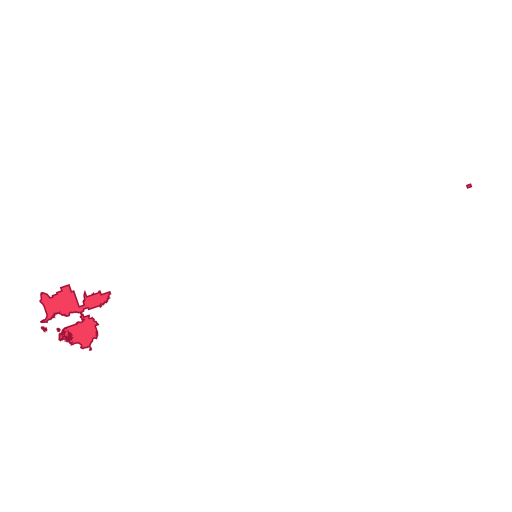 the district of Unincorporated NT, Northern Territory, Australia, rotated 251°
{"feature_id": "25037944B66789818675827", "entity_name": "Unincorporated NT", "entity_type": "district", "adm_level": 2, "iso_a3": "AUS", "parent_name": "Australia", "parent_adm1": "Northern Territory", "projection": "orthographic", "projection_center": [130.965, -18.633], "detail": "fine", "context": "isolated", "style": "filled", "palette": "rose", "viewbox_px": 512, "rotation_deg": 251, "n_neighbors": 0, "source": "geoboundaries", "source_scale": "gbopen_adm2", "svg_char_len": 5601}
<svg xmlns="http://www.w3.org/2000/svg" viewBox="0 0 512 512"><g transform="rotate(251 256 256)"><path d="M260.0,80.4L259.9,91.9L259.3,92.2L258.5,92.2L259.1,93.6L260.0,93.1L261.0,93.4L261.1,94.2L259.8,95.5L260.2,95.9L260.3,96.7L260.8,96.7L260.9,97.1L261.2,97.2L261.3,97.7L261.8,98.1L261.6,98.4L261.0,98.6L260.7,99.4L261.4,100.3L262.2,100.2L262.0,101.0L263.1,101.5L263.4,102.2L263.8,101.9L264.1,103.7L265.2,103.0L265.7,103.0L266.0,104.0L267.0,104.1L267.7,104.6L267.6,106.1L269.7,106.1L269.7,97.0L273.6,97.0L273.6,96.0L272.4,96.0L272.5,89.9L273.3,90.0L272.7,89.3L272.9,88.9L272.5,88.9L272.5,82.5L277.5,82.5L275.5,81.0L273.4,80.3L270.1,79.8L270.1,78.6L269.0,78.6L268.9,77.7L265.5,77.7L265.5,72.2L282.2,72.2L282.2,69.8L289.5,69.8L289.6,61.1L286.2,61.1L286.2,55.7L284.7,55.7L284.7,50.7L283.4,50.7L283.4,47.6L287.8,46.0L290.9,42.1L290.8,41.1L290.4,41.3L290.6,41.7L290.4,41.9L289.9,41.4L289.9,41.0L290.2,40.9L289.9,40.3L289.5,40.4L289.4,40.1L285.2,39.1L284.4,38.5L284.0,37.4L283.2,37.1L279.7,38.9L276.6,39.4L272.1,39.2L269.6,39.4L268.0,39.1L266.5,38.5L264.6,36.3L264.3,35.4L264.6,34.7L264.2,34.2L264.5,33.9L264.3,33.6L264.5,32.8L263.8,32.1L263.9,31.2L263.4,31.3L262.8,32.1L262.9,33.1L262.2,34.3L262.3,35.3L261.4,36.8L262.1,37.0L263.0,38.0L263.2,39.3L263.6,39.9L262.9,41.0L263.2,41.8L264.1,42.7L264.5,42.6L264.7,42.8L264.6,43.1L264.1,43.2L264.3,43.7L263.9,43.8L263.8,44.1L264.4,44.2L264.5,44.7L264.9,44.4L265.2,44.6L264.6,45.1L265.2,45.0L265.1,45.5L265.6,45.5L265.4,46.1L266.1,45.9L265.9,46.4L266.5,46.5L266.5,47.1L267.0,47.0L266.8,47.4L267.0,47.8L266.9,48.2L266.3,48.5L266.7,49.3L266.5,49.6L266.7,49.9L266.3,50.1L266.4,50.5L265.7,51.3L266.1,51.8L265.4,51.6L264.8,52.7L263.1,53.5L262.8,54.4L263.2,54.7L263.2,55.4L262.8,55.9L262.3,55.8L262.4,56.2L261.8,56.2L260.9,57.0L261.1,57.6L260.7,57.7L260.5,59.7L261.2,60.5L262.6,60.9L263.1,62.7L262.5,63.1L262.1,64.3L262.1,66.4L261.5,66.9L261.7,67.8L261.2,68.2L260.6,69.4L260.2,69.6L259.9,71.5L258.6,71.5L258.0,72.1L260.0,73.5L260.1,75.1L261.9,75.6L261.9,80.4L260.0,80.4ZM250.1,64.7L250.1,51.8L249.8,51.2L249.5,51.5L249.5,52.0L249.4,52.1L249.4,51.5L249.7,51.1L249.4,50.5L249.1,50.8L248.7,50.6L249.0,50.6L249.4,50.0L248.4,48.6L247.6,48.7L247.8,49.3L248.1,49.4L248.1,49.6L247.9,49.4L247.6,49.5L247.3,48.0L246.7,48.4L246.9,49.4L246.6,49.8L246.8,50.2L246.5,50.7L246.8,50.8L246.4,50.8L246.3,50.1L246.3,50.7L246.0,50.2L246.5,49.2L246.4,48.7L245.4,49.6L244.8,49.5L244.8,49.8L244.9,50.1L244.8,49.8L244.7,49.5L245.4,49.4L246.3,48.3L246.1,47.6L246.4,47.0L246.2,46.5L246.4,45.9L245.8,46.1L244.7,47.7L245.7,46.1L246.0,44.9L244.8,44.5L245.4,44.3L245.6,44.6L246.0,44.7L245.4,44.2L244.2,44.1L244.0,43.8L243.2,43.9L242.2,43.1L241.0,42.7L240.8,43.1L239.7,43.5L240.0,44.2L240.8,44.4L241.2,44.9L240.0,45.1L239.8,45.5L240.6,46.3L240.6,46.8L240.1,46.8L239.9,47.2L239.3,49.5L239.6,50.0L240.1,49.5L240.6,49.4L240.1,49.9L240.8,50.2L241.1,50.6L241.5,50.4L241.9,50.9L241.8,51.6L241.9,51.0L241.4,50.5L241.1,50.7L240.7,50.3L240.0,51.1L240.1,52.0L240.3,51.9L240.3,52.0L240.0,52.2L239.9,50.9L239.1,51.0L238.8,50.7L238.6,51.3L239.6,51.9L240.0,53.0L240.3,52.5L241.0,52.7L241.6,53.1L242.9,53.2L242.6,53.5L242.9,53.8L243.8,53.2L243.1,54.0L243.5,54.2L244.0,53.9L244.8,53.8L245.1,53.9L244.0,54.1L243.3,55.0L243.6,55.1L243.4,55.3L243.1,55.1L243.3,54.5L242.5,54.0L241.4,54.0L241.2,53.7L241.0,53.9L241.9,55.0L241.3,55.9L241.6,56.0L241.3,56.1L241.3,55.3L241.5,55.1L241.4,54.5L240.8,54.3L240.6,54.6L240.4,54.5L240.7,54.2L240.3,54.1L239.9,54.6L240.1,54.9L239.4,55.0L239.9,54.2L239.3,53.7L239.1,54.2L239.0,53.6L238.3,54.2L237.8,53.6L237.5,53.9L237.6,54.3L238.0,54.3L238.1,54.6L238.1,55.0L237.9,54.7L238.1,54.4L237.7,54.4L237.8,54.7L237.7,55.2L237.7,54.6L237.1,54.1L237.7,53.2L237.6,52.4L236.8,52.4L235.8,51.5L235.3,51.7L235.1,51.3L234.4,51.7L234.6,52.1L234.2,52.3L234.2,52.0L233.6,52.3L233.9,53.6L233.1,52.8L232.9,52.9L232.2,52.5L232.0,54.1L232.3,54.7L232.4,57.2L231.6,59.7L231.7,60.0L228.7,62.0L227.3,61.8L226.8,61.2L226.9,60.7L226.3,60.7L225.8,61.4L225.2,61.5L224.7,62.9L225.2,63.8L224.5,66.5L224.9,67.4L224.4,68.3L224.4,69.4L224.8,69.8L225.9,69.8L228.0,72.2L228.7,73.6L230.8,74.7L231.3,76.3L230.0,78.3L231.8,79.6L232.8,79.3L232.9,80.6L233.6,80.5L234.6,80.9L234.4,80.0L235.2,79.8L236.2,80.5L236.0,81.1L236.3,81.3L242.5,81.2L242.5,84.5L243.6,84.2L243.6,83.6L245.7,83.6L247.4,81.6L248.2,81.6L248.6,82.2L249.4,82.0L250.6,80.8L251.0,80.9L250.7,79.8L251.1,78.2L251.5,77.7L252.1,77.7L253.6,78.8L254.2,78.8L254.2,73.3L257.0,73.3L257.0,71.7L256.3,71.7L255.8,70.2L255.2,70.2L254.8,70.8L253.1,70.8L253.1,71.2L252.5,71.2L252.0,72.9L251.6,72.9L251.1,70.8L250.6,70.8L250.1,68.9L251.5,66.5L251.1,66.1L251.3,65.1L250.8,64.3L250.1,64.7ZM244.2,49.0L242.2,49.0L242.2,47.0L244.2,47.0L244.2,49.0ZM251.5,482.2L254.0,482.2L254.0,478.3L251.5,478.3L251.5,482.2ZM249.2,44.4L249.0,45.0L249.7,45.5L250.0,45.4L249.7,45.0L250.0,44.8L250.1,45.5L251.0,45.3L249.5,46.1L249.9,46.5L250.3,46.6L250.6,46.1L251.3,46.1L251.7,45.7L251.8,45.4L251.3,45.5L251.2,45.1L251.7,45.1L251.7,44.6L250.6,45.0L250.2,44.9L250.3,44.6L250.0,44.8L250.0,44.4L249.2,44.4ZM237.8,49.8L237.7,48.7L237.4,49.3L236.6,49.5L236.9,50.0L236.7,50.9L237.1,51.7L237.9,52.2L237.9,53.5L238.4,53.9L238.5,52.9L237.7,51.8L237.2,50.5L237.4,49.8L237.8,49.8ZM221.1,69.8L222.8,70.0L223.0,69.6L222.4,69.0L221.4,68.9L221.1,67.6L221.1,69.8ZM255.3,32.9L255.1,32.9L255.5,33.2L255.6,33.4L254.9,33.0L253.9,33.7L254.9,34.1L256.0,34.0L256.2,33.6L255.3,32.9ZM254.9,31.7L255.9,31.3L255.9,30.9L254.6,31.0L253.8,31.5L254.9,31.7ZM255.9,32.1L257.7,32.2L258.0,31.7L256.9,31.5L255.9,32.1ZM256.2,30.2L257.5,30.5L258.3,30.2L258.0,29.8L256.2,30.2Z" fill="#f43f5e" stroke="#9f1239" stroke-width="1.5"/></g></svg>